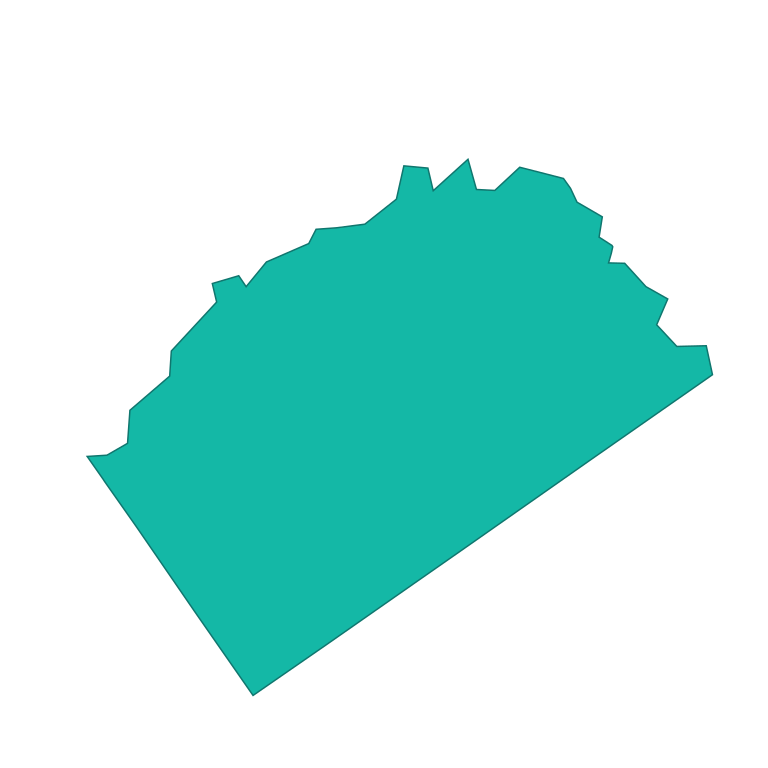 the district of Greene, Pennsylvania, United States of America, rotated 325°
{"feature_id": "52423323B31233062263618", "entity_name": "Greene", "entity_type": "district", "adm_level": 2, "iso_a3": "USA", "parent_name": "United States of America", "parent_adm1": "Pennsylvania", "projection": "albers", "projection_center": [-80.18, 39.871], "detail": "fine", "context": "isolated", "style": "filled", "palette": "teal", "viewbox_px": 768, "rotation_deg": 325, "n_neighbors": 0, "source": "geoboundaries", "source_scale": "gbopen_adm2", "svg_char_len": 809}
<svg xmlns="http://www.w3.org/2000/svg" viewBox="0 0 768 768"><g transform="rotate(325 384 384)"><path d="M98.1,564.0L189.1,564.5L293.1,564.6L293.8,564.6L356.4,564.7L510.0,564.6L658.4,564.8L669.9,537.5L645.4,521.2L641.3,491.9L665.2,477.1L654.4,454.5L650.4,423.2L637.4,413.6L645.3,407.2L647.8,404.9L650.1,402.8L650.2,401.2L644.4,387.1L658.7,372.3L646.4,345.8L649.0,330.7L648.9,318.6L619.5,284.3L585.8,289.0L571.3,277.7L581.7,248.1L535.2,253.9L543.8,232.3L525.4,216.7L500.2,239.7L460.0,242.1L434.3,228.6L417.1,218.3L402.9,225.8L357.7,216.6L326.9,225.2L327.1,212.0L301.0,203.2L293.9,220.9L228.7,235.0L213.0,254.6L160.8,259.8L139.9,285.5L116.2,283.4L99.3,273.1L99.3,276.5L99.3,279.9L99.3,300.9L99.2,303.6L99.3,359.2L98.4,461.6L98.3,492.9L98.1,564.0Z" fill="#14b8a6" stroke="#0f766e" stroke-width="1.5"/></g></svg>